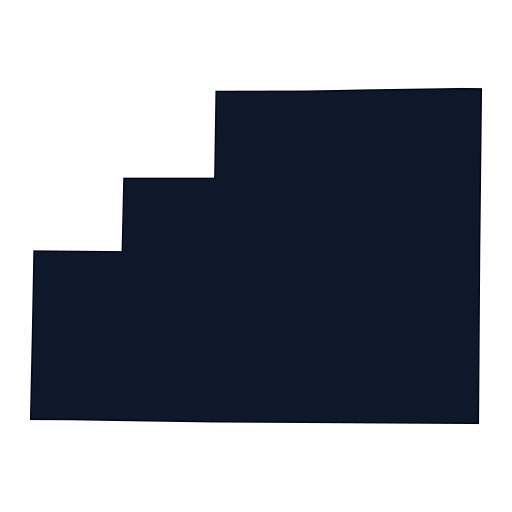 Medina, Ohio, United States of America
{"feature_id": "52423323B44345511959461", "entity_name": "Medina", "entity_type": "district", "adm_level": 2, "iso_a3": "USA", "parent_name": "United States of America", "parent_adm1": "Ohio", "projection": "natural_earth1", "projection_center": [-81.932, 41.133], "detail": "fine", "context": "isolated", "style": "filled", "palette": "ink", "viewbox_px": 512, "rotation_deg": 0, "n_neighbors": 0, "source": "geoboundaries", "source_scale": "gbopen_adm2", "svg_char_len": 338}
<svg xmlns="http://www.w3.org/2000/svg" viewBox="0 0 512 512"><path d="M478.3,423.3L479.5,252.5L481.3,88.9L462.7,88.7L367.9,90.1L339.2,90.7L303.3,91.3L216.2,91.5L214.9,178.4L124.0,178.4L122.3,251.9L34.1,251.1L32.5,336.4L30.7,419.3L71.4,419.5L118.2,420.3L211.6,421.7L478.3,423.3Z" fill="#0f172a" stroke="#020617" stroke-width="1.5"/></svg>